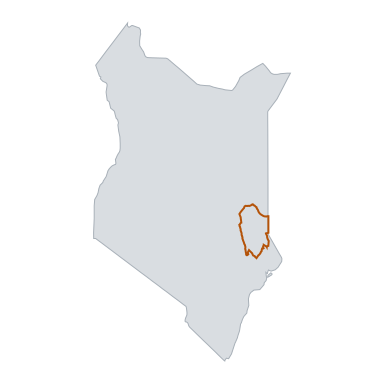 Fafi, North-Eastern, Kenya shown in context
{"feature_id": "3690345B31550600225726", "entity_name": "Fafi", "entity_type": "district", "adm_level": 2, "iso_a3": "KEN", "parent_name": "Kenya", "parent_adm1": "North-Eastern", "projection": "equal_earth", "projection_center": [40.194, -0.782], "detail": "fine", "context": "in_parent", "style": "outline", "palette": "amber", "viewbox_px": 384, "rotation_deg": 0, "n_neighbors": 0, "source": "geoboundaries", "source_scale": "gbopen_adm2", "svg_char_len": 6796}
<svg xmlns="http://www.w3.org/2000/svg" viewBox="0 0 384 384"><path d="M93.7,238.5L93.6,232.9L94.2,218.5L94.2,205.8L94.7,199.5L97.0,195.5L98.1,192.6L98.9,188.5L100.1,185.2L102.8,182.5L103.3,181.0L106.2,176.5L108.0,170.7L109.3,168.7L111.0,166.9L112.1,165.9L114.0,164.9L115.5,164.4L115.8,163.9L115.9,163.0L115.4,159.4L116.1,158.2L117.1,155.8L118.3,153.6L119.3,152.2L119.9,150.7L120.2,148.2L120.2,146.4L120.2,143.4L119.9,136.8L118.7,131.2L117.9,125.0L118.5,122.9L117.5,119.3L117.0,119.1L116.2,118.3L115.2,114.8L114.5,111.7L114.0,110.9L110.7,108.2L109.1,101.7L107.2,100.2L106.3,93.8L106.1,92.0L107.1,85.6L107.0,84.1L105.9,82.7L102.8,81.3L100.3,78.7L100.7,77.8L100.8,76.8L99.5,76.2L95.7,65.2L100.7,58.6L105.7,51.9L112.1,43.5L118.0,35.7L123.1,29.0L127.6,23.0L127.5,24.2L127.5,25.7L128.1,26.6L129.0,27.3L130.3,26.6L131.4,25.7L132.5,25.5L139.3,28.0L140.5,30.1L140.4,32.5L140.7,34.1L140.2,35.9L139.6,41.0L139.7,45.7L141.8,49.2L143.6,51.9L145.0,55.8L146.1,57.0L147.6,57.6L152.2,57.8L159.1,58.0L165.8,58.2L166.4,58.3L167.8,58.9L173.9,64.1L179.5,68.8L184.3,73.0L188.9,77.0L193.4,80.9L196.9,84.1L200.3,85.1L205.9,85.6L209.7,85.8L213.3,87.1L218.6,88.4L222.5,89.1L224.9,89.8L231.5,90.5L232.6,90.1L235.5,86.5L238.8,80.6L240.1,77.4L244.3,74.2L251.8,69.8L257.0,66.6L262.8,63.4L265.5,66.2L269.1,70.6L270.7,72.8L272.1,73.7L274.0,74.4L276.4,74.4L277.8,74.3L280.5,73.7L286.8,73.2L290.4,73.2L287.3,79.1L283.7,86.1L277.0,99.0L271.9,105.8L268.1,110.9L267.7,111.8L267.7,117.5L267.8,131.5L267.9,159.5L268.0,187.5L268.0,215.5L268.1,229.4L268.1,234.1L271.5,240.0L274.8,245.8L279.1,253.4L281.5,257.5L281.9,258.8L281.7,261.5L278.1,267.2L275.2,269.8L271.2,271.1L270.1,270.8L268.5,270.0L267.9,271.4L267.4,273.5L266.6,273.1L265.9,272.4L266.3,276.2L266.7,278.1L266.1,280.6L264.2,282.8L264.0,284.7L259.8,289.6L253.9,290.1L250.8,292.5L249.5,294.5L248.4,298.8L248.8,305.5L247.1,310.6L246.8,313.1L243.8,316.5L242.4,319.5L241.4,322.6L240.6,324.0L239.5,330.9L238.1,335.1L237.7,336.5L237.4,337.8L236.3,340.3L235.6,342.0L235.0,343.1L231.5,353.9L228.6,358.7L226.4,358.2L225.0,360.1L224.8,361.0L224.1,360.5L222.2,358.7L218.4,355.0L214.7,351.3L210.9,347.7L207.1,344.0L203.3,340.4L199.5,336.7L195.7,333.0L192.0,329.4L189.7,327.2L188.8,325.9L188.0,323.4L187.6,322.8L186.6,322.0L185.4,321.8L185.1,321.3L185.1,320.1L185.5,318.3L186.9,315.0L187.0,313.0L186.8,310.8L186.3,307.2L185.9,306.3L183.4,304.5L178.2,300.5L172.9,296.6L167.7,292.6L162.4,288.7L157.2,284.7L151.9,280.8L146.7,276.8L141.4,272.9L136.1,268.9L130.9,265.0L125.6,261.0L120.4,257.1L115.1,253.1L109.9,249.2L104.6,245.2L99.4,241.3L97.4,239.8L95.6,238.5L93.7,238.5ZM268.5,276.9L267.6,277.2L268.0,275.3L270.7,272.9L271.8,273.4L272.0,274.0L272.0,274.5L271.5,275.0L268.5,276.9Z" fill="#d9dde1" stroke="#a8b0b8" stroke-width="1"/><path d="M239.4,214.0L239.5,214.3L240.1,215.9L240.6,217.0L240.7,217.3L240.7,218.0L240.9,219.5L241.0,220.0L241.1,221.0L241.2,221.5L241.2,221.8L241.3,222.2L241.3,222.4L241.3,222.5L241.1,222.5L240.9,222.7L240.8,222.8L240.7,222.9L240.6,223.1L240.4,223.4L240.2,223.7L239.8,224.4L239.7,224.5L239.4,224.8L239.5,224.9L239.5,225.0L239.6,225.5L239.5,225.9L239.5,226.0L239.7,226.3L239.9,226.6L240.0,226.9L240.1,227.0L240.1,227.5L240.2,227.9L240.3,228.0L240.4,228.4L240.5,228.5L240.5,229.0L240.6,229.3L240.7,229.6L240.7,229.8L240.7,230.0L240.6,230.3L240.6,230.5L240.7,230.8L240.8,231.0L241.0,231.3L241.1,231.5L241.2,232.1L241.3,232.4L241.3,232.5L241.5,232.8L241.6,233.1L241.6,233.4L241.6,233.7L241.6,233.8L241.6,234.1L241.6,234.3L241.6,234.6L241.6,234.8L241.6,235.0L241.8,235.3L241.9,235.6L242.0,235.7L242.0,235.8L242.1,236.0L242.1,236.3L242.1,236.5L242.3,236.9L242.4,237.0L242.4,237.3L242.5,237.6L242.5,237.9L242.4,238.0L242.4,238.5L242.5,238.9L242.6,239.0L242.7,239.4L242.9,239.7L243.0,240.2L243.1,240.6L243.2,240.8L243.3,241.0L243.5,241.5L243.6,241.8L243.7,242.0L243.9,242.5L244.1,243.2L244.1,243.3L244.2,243.5L244.2,243.8L244.3,243.9L244.4,244.1L244.6,244.4L244.8,244.9L244.9,245.1L245.0,245.2L245.0,245.4L245.1,245.7L245.2,246.3L245.3,246.6L245.4,246.8L245.4,247.1L245.4,247.3L245.4,247.5L245.3,248.0L245.2,248.4L245.2,248.6L245.2,248.9L245.2,249.1L245.4,249.3L245.4,249.5L245.5,249.7L245.5,249.9L245.5,250.0L245.7,251.4L245.9,252.6L246.1,253.3L246.1,253.5L246.1,254.0L246.1,254.3L246.2,254.5L246.3,254.7L246.3,254.8L246.4,255.0L246.5,255.1L246.8,255.1L247.0,255.2L247.4,255.0L248.3,254.3L247.8,252.6L247.8,252.4L249.0,250.1L249.8,251.0L252.1,253.2L252.1,253.4L252.2,253.5L252.5,254.1L252.6,254.4L252.8,254.9L253.1,255.3L253.2,255.5L253.9,255.8L254.5,256.0L255.0,256.5L255.2,257.0L255.5,257.3L255.8,257.4L256.0,257.5L256.3,257.7L256.4,257.9L256.4,258.0L256.5,258.1L258.1,255.7L258.3,255.5L258.4,255.3L258.5,255.3L258.6,255.2L258.8,255.1L258.9,254.9L259.1,254.7L259.3,254.5L259.6,254.3L259.7,254.2L260.0,253.7L260.2,253.4L260.4,253.1L260.5,253.0L260.5,252.8L260.6,252.7L260.7,252.4L260.9,252.1L260.9,251.9L261.0,251.8L261.3,251.4L261.5,251.3L261.5,251.2L261.6,250.8L261.7,250.7L261.7,250.4L261.7,249.9L261.8,249.7L261.9,249.4L262.0,249.0L262.0,248.9L262.1,248.6L262.2,248.4L262.4,248.4L262.5,248.5L262.8,248.5L263.2,248.5L263.3,248.4L263.5,248.3L263.4,248.1L263.4,247.9L263.3,247.6L263.2,247.4L263.2,247.2L263.1,246.9L263.1,246.6L263.1,246.4L263.2,246.2L263.3,245.9L263.5,245.6L263.6,245.3L263.7,245.1L263.8,245.0L263.8,244.9L266.5,246.6L266.7,246.8L266.8,247.0L266.9,246.2L268.3,245.9L268.7,241.0L268.7,240.9L268.3,240.3L268.1,239.8L268.0,239.7L267.9,239.4L267.8,239.2L267.6,238.8L267.5,238.7L267.5,238.3L267.4,238.1L267.2,237.6L267.2,237.3L267.1,236.9L267.1,236.7L267.1,236.2L267.0,235.8L266.9,235.5L266.8,235.3L266.7,235.1L266.4,234.5L266.3,234.3L266.2,234.1L266.1,233.9L266.0,233.7L265.9,233.5L265.9,233.4L268.4,232.8L268.4,216.2L267.2,216.2L266.6,216.5L266.3,216.5L266.2,216.5L265.8,216.5L265.4,216.4L264.9,216.4L264.2,216.3L263.7,216.1L263.4,216.0L263.1,215.8L262.1,215.2L260.8,214.4L260.2,213.9L259.9,213.6L259.1,212.7L258.9,212.3L258.8,212.2L258.7,212.1L258.5,211.5L258.3,211.2L258.2,211.0L258.2,210.7L258.1,210.4L258.0,210.2L257.9,210.0L257.8,209.8L257.7,209.7L257.5,209.4L257.4,209.3L257.4,209.2L257.1,208.8L256.9,208.6L256.9,208.4L256.7,208.1L256.7,207.9L256.6,207.5L256.5,207.4L256.5,207.2L256.4,207.1L256.2,207.1L255.9,206.9L255.7,206.7L255.4,206.4L255.2,206.2L254.9,205.9L254.6,205.6L254.4,205.4L254.0,205.4L253.9,205.4L253.7,205.2L253.4,205.0L253.3,204.9L253.2,204.9L253.1,204.6L253.0,204.4L252.9,204.3L252.6,204.3L252.4,204.3L251.4,205.0L251.1,205.2L250.8,205.4L250.4,205.6L250.1,205.7L249.8,205.8L249.7,205.8L249.2,206.0L248.9,205.9L248.6,205.9L248.3,205.8L248.2,205.8L247.9,205.9L247.6,205.9L247.4,206.0L247.0,206.0L246.9,206.0L246.7,206.0L245.9,205.8L245.7,205.8L245.4,206.0L245.2,206.1L244.9,206.2L244.6,206.4L244.4,206.8L244.0,207.9L244.0,208.0L242.7,209.5L240.6,212.1L240.5,212.3L239.4,214.0Z" fill="none" stroke="#b45309" stroke-width="2"/></svg>